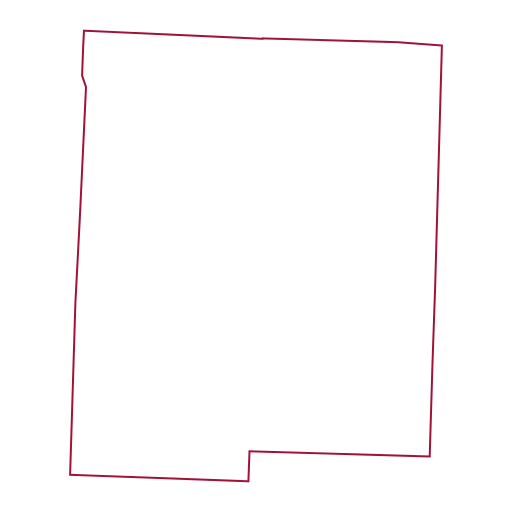 Pettis, Missouri, United States of America (orthographic projection)
{"feature_id": "52423323B46784641696011", "entity_name": "Pettis", "entity_type": "district", "adm_level": 2, "iso_a3": "USA", "parent_name": "United States of America", "parent_adm1": "Missouri", "projection": "orthographic", "projection_center": [-93.351, 38.725], "detail": "fine", "context": "isolated", "style": "outline", "palette": "rose", "viewbox_px": 512, "rotation_deg": 0, "n_neighbors": 0, "source": "geoboundaries", "source_scale": "gbopen_adm2", "svg_char_len": 348}
<svg xmlns="http://www.w3.org/2000/svg" viewBox="0 0 512 512"><path d="M70.1,474.8L248.4,481.3L249.5,451.3L429.7,456.5L432.5,362.8L435.1,288.2L441.9,45.5L397.7,42.2L262.7,38.4L262.6,38.8L84.0,30.7L83.2,45.6L82.1,75.6L86.0,87.1L80.8,197.5L80.1,212.5L76.2,287.4L75.4,302.4L71.5,429.7L70.1,474.8Z" fill="none" stroke="#9f1239" stroke-width="2"/></svg>